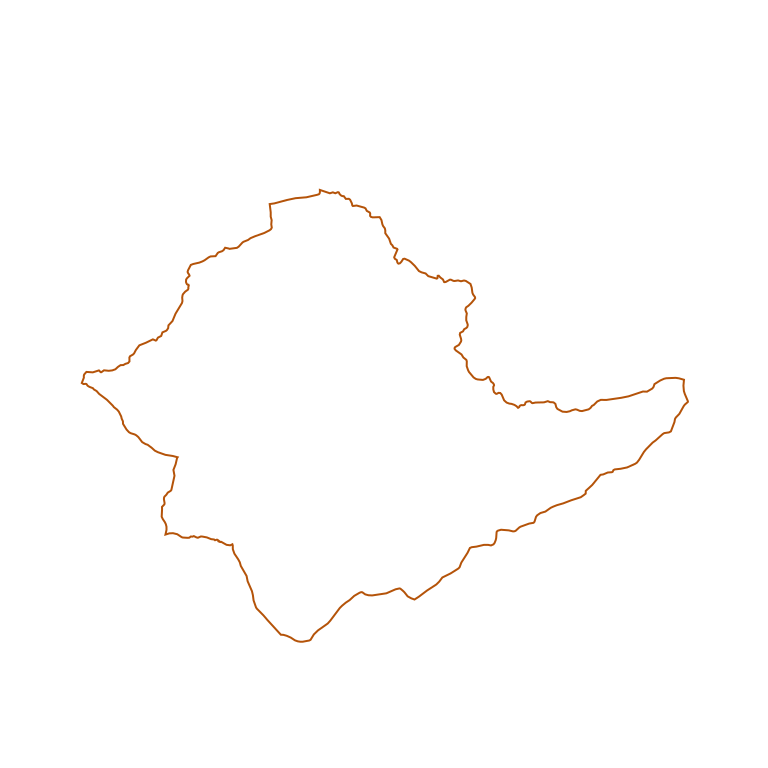 outline of Angelópolis, Antioquia, Colombia, rotated 67°
{"feature_id": "7082276B44826680756830", "entity_name": "Angelópolis", "entity_type": "district", "adm_level": 2, "iso_a3": "COL", "parent_name": "Colombia", "parent_adm1": "Antioquia", "projection": "mercator", "projection_center": [-75.718, 6.132], "detail": "fine", "context": "isolated", "style": "outline", "palette": "amber", "viewbox_px": 768, "rotation_deg": 67, "n_neighbors": 0, "source": "geoboundaries", "source_scale": "gbopen_adm2", "svg_char_len": 6165}
<svg xmlns="http://www.w3.org/2000/svg" viewBox="0 0 768 768"><g transform="rotate(67 384 384)"><path d="M265.0,661.8L266.6,660.7L267.3,658.5L267.8,657.9L269.8,657.5L271.5,656.3L274.1,653.6L275.6,653.2L278.2,651.3L281.8,650.1L290.3,645.2L298.0,642.1L299.7,641.7L303.3,639.7L305.8,638.9L311.2,638.6L313.4,639.0L316.3,638.9L318.7,639.8L325.3,638.8L328.7,637.6L330.3,636.4L333.0,633.2L334.4,632.1L336.8,630.9L343.0,629.3L346.1,627.0L347.6,625.3L352.1,622.7L355.8,621.0L358.4,618.8L363.8,612.9L367.7,606.6L370.8,602.6L371.4,603.5L376.5,607.2L380.8,611.4L386.6,612.7L398.4,621.1L399.0,622.1L399.5,625.5L400.9,627.6L401.9,630.1L402.7,630.9L404.0,631.6L407.9,632.5L409.0,633.2L410.4,636.4L412.5,637.2L419.3,640.5L421.9,640.4L425.6,639.7L427.8,639.6L430.4,640.0L433.3,641.2L437.2,644.0L437.6,640.0L438.9,636.5L441.5,633.0L445.9,630.1L446.7,629.2L448.9,624.8L449.4,623.2L448.9,621.4L449.7,619.9L449.7,618.5L451.9,616.6L452.8,615.4L452.8,612.1L453.6,610.6L456.0,607.0L459.3,603.7L460.7,601.2L461.8,600.6L462.0,598.7L462.3,598.2L464.2,597.1L464.4,597.6L465.5,596.5L465.7,595.5L470.5,591.8L472.4,588.6L472.3,586.2L473.5,586.3L477.0,587.7L481.7,588.0L488.5,586.7L491.8,586.4L495.5,586.9L507.0,585.5L512.3,586.6L523.1,586.5L527.2,587.2L532.2,588.6L539.7,589.1L541.2,588.8L549.8,585.4L555.8,583.5L574.5,576.9L575.6,574.6L577.8,571.9L581.0,568.9L585.2,566.1L587.2,563.9L588.5,561.8L589.5,559.4L590.4,555.3L590.9,553.2L590.8,551.6L587.1,546.4L585.0,541.0L582.5,529.4L580.9,526.0L572.9,512.2L571.7,509.2L570.3,504.5L569.5,500.1L567.4,494.2L566.6,488.0L566.7,486.3L567.3,485.3L570.3,483.5L572.4,480.8L574.0,477.5L577.6,463.6L577.5,453.6L578.2,449.7L578.8,448.9L581.5,447.5L583.6,446.6L588.7,445.2L592.0,442.6L594.3,440.1L593.4,435.0L590.9,425.0L589.0,414.2L587.5,410.4L584.9,405.9L584.4,396.8L582.9,387.6L582.2,386.0L578.6,382.6L572.0,373.0L568.5,369.0L568.5,367.0L569.8,362.5L571.1,355.0L572.7,351.1L574.4,348.6L574.4,345.9L573.5,344.3L571.4,342.2L569.6,340.9L564.3,338.2L563.8,337.6L563.5,336.4L563.9,333.2L567.5,326.3L570.1,322.8L570.5,321.6L570.6,320.3L568.9,315.5L568.7,314.0L569.2,304.9L570.2,300.6L569.6,299.3L565.7,296.0L564.7,294.3L563.9,290.4L564.5,285.3L563.1,278.9L563.0,276.1L563.1,272.2L563.9,265.7L564.2,257.0L565.1,247.1L564.3,243.4L563.7,241.2L561.2,240.0L558.3,231.8L552.2,220.2L552.9,217.5L552.9,212.6L554.2,208.8L554.2,207.9L552.9,206.4L552.8,204.9L554.5,199.3L555.8,192.8L555.6,183.9L555.2,181.9L553.4,178.7L548.1,171.3L546.5,168.3L542.9,159.6L542.1,156.1L539.0,147.1L538.7,145.2L539.9,140.6L539.7,138.4L532.5,131.5L529.9,129.8L528.9,128.5L526.9,123.8L521.4,116.7L520.5,115.1L519.3,111.4L518.7,111.0L510.7,111.0L507.6,110.7L502.5,109.0L497.3,106.2L494.0,110.3L492.3,113.1L489.0,121.9L488.6,124.1L488.7,128.4L489.8,135.1L492.0,137.0L493.0,138.8L493.8,144.9L492.1,148.6L490.9,163.7L489.4,171.0L485.6,185.4L483.3,190.7L483.4,194.5L485.3,199.2L485.4,201.0L486.7,203.2L487.3,205.5L486.3,212.3L485.2,214.3L483.0,216.4L482.1,217.7L481.6,221.4L481.7,223.5L481.1,226.8L479.2,230.5L474.7,234.1L472.7,234.5L469.3,234.0L467.5,234.9L466.9,235.5L465.6,238.2L463.8,239.9L463.4,243.9L460.3,251.7L459.7,254.7L459.2,255.3L457.2,256.1L456.7,256.8L456.1,259.1L456.3,260.9L457.9,262.3L458.1,262.9L457.9,264.3L457.1,265.8L457.0,266.9L457.3,267.8L458.1,268.6L458.3,269.9L456.2,270.7L454.2,272.1L452.1,274.4L451.0,276.3L449.0,278.4L446.0,279.8L439.7,279.8L437.7,280.5L436.9,282.0L437.1,284.1L436.6,284.9L434.4,285.9L431.7,285.5L429.3,284.5L428.2,283.2L427.3,283.0L425.7,283.3L423.6,284.5L418.9,284.6L418.4,284.9L418.1,285.9L419.0,288.4L418.9,291.2L418.5,292.1L416.4,296.0L415.2,297.5L412.9,299.0L406.0,301.1L403.9,301.2L399.9,300.9L395.4,298.9L393.9,298.8L390.6,300.6L387.1,301.1L381.1,304.8L379.2,305.3L378.4,304.9L377.8,304.0L377.3,299.8L375.0,296.5L374.0,295.8L372.4,295.4L368.2,295.0L366.7,293.9L366.4,290.7L364.9,288.8L364.6,286.3L364.1,285.1L362.7,284.0L361.9,283.7L357.5,283.4L354.5,282.1L351.4,280.2L348.2,280.2L347.1,279.9L346.1,279.1L345.5,278.3L345.0,275.8L343.4,271.7L341.2,267.4L340.5,266.5L339.4,266.3L336.5,267.0L334.6,267.0L329.5,265.6L325.7,265.3L321.1,268.4L320.0,269.9L319.5,273.0L317.6,275.4L316.8,278.7L316.2,279.8L314.1,281.7L313.7,282.6L314.2,287.2L314.0,288.3L313.7,288.8L310.8,288.9L308.0,290.5L305.7,291.3L305.4,292.3L307.5,293.5L307.6,294.3L302.0,301.1L298.5,302.5L295.9,305.8L293.7,307.7L287.3,309.5L282.3,311.6L280.2,312.8L276.7,316.1L276.4,317.5L278.3,320.3L279.1,322.2L278.9,323.6L278.4,324.0L277.3,324.2L274.8,323.8L272.9,325.1L271.3,325.1L265.4,319.0L264.7,319.1L262.1,321.9L259.6,322.1L257.7,322.9L252.2,322.5L245.7,323.9L243.1,322.8L241.1,322.4L238.2,323.1L236.4,323.1L232.1,322.3L228.7,322.8L226.2,329.3L225.1,330.7L223.8,331.1L221.7,330.1L220.6,330.1L217.9,332.2L215.1,332.4L213.8,333.4L209.0,339.5L208.0,343.1L207.3,343.4L205.1,343.0L201.1,343.2L199.8,344.0L198.7,346.8L195.4,347.6L194.7,349.0L193.5,350.0L191.6,350.7L190.1,350.7L189.4,351.4L189.4,354.3L187.6,356.2L187.3,359.3L180.3,367.2L182.3,368.0L183.5,368.9L183.9,369.8L183.7,371.8L181.8,382.5L178.4,392.8L176.7,401.5L174.9,414.4L173.7,418.9L181.7,421.2L185.7,422.9L189.3,423.4L193.0,425.4L196.2,426.2L197.3,427.5L197.8,429.4L198.2,435.2L197.6,444.9L197.6,449.9L198.3,452.8L198.2,457.8L198.5,459.1L200.8,464.1L201.2,466.2L199.2,473.5L198.6,474.0L196.5,477.0L198.1,479.4L198.5,481.3L198.2,484.5L198.4,485.8L200.5,489.1L198.8,493.8L198.9,495.9L200.0,500.8L200.2,503.2L200.1,506.6L199.0,512.7L198.9,515.3L202.8,520.0L204.1,521.0L205.9,521.0L206.9,520.6L208.4,520.7L209.6,523.9L210.5,525.3L212.7,526.4L213.8,526.5L215.1,526.4L215.9,525.9L216.2,525.2L217.0,525.2L218.6,526.4L219.4,526.6L220.2,527.2L220.6,527.7L221.3,530.9L222.7,533.8L223.5,534.7L225.6,536.0L228.9,537.1L230.5,538.3L237.8,548.4L243.4,554.1L245.8,559.5L248.3,560.9L249.5,562.7L249.9,563.9L249.9,567.8L252.7,570.3L253.0,574.0L254.8,576.3L254.9,577.1L252.6,579.3L253.0,587.1L252.8,594.1L255.8,599.2L258.2,602.1L258.8,603.6L259.2,606.9L260.1,608.0L263.8,609.5L264.7,611.4L264.4,614.2L264.7,616.6L263.7,619.1L264.3,622.2L265.5,625.5L265.3,628.8L264.3,632.2L262.0,636.4L262.7,639.6L262.4,640.2L260.1,641.1L259.5,647.5L256.6,653.2L258.1,656.3L259.3,657.2L260.9,657.8L265.0,661.8Z" fill="none" stroke="#b45309" stroke-width="2"/></g></svg>